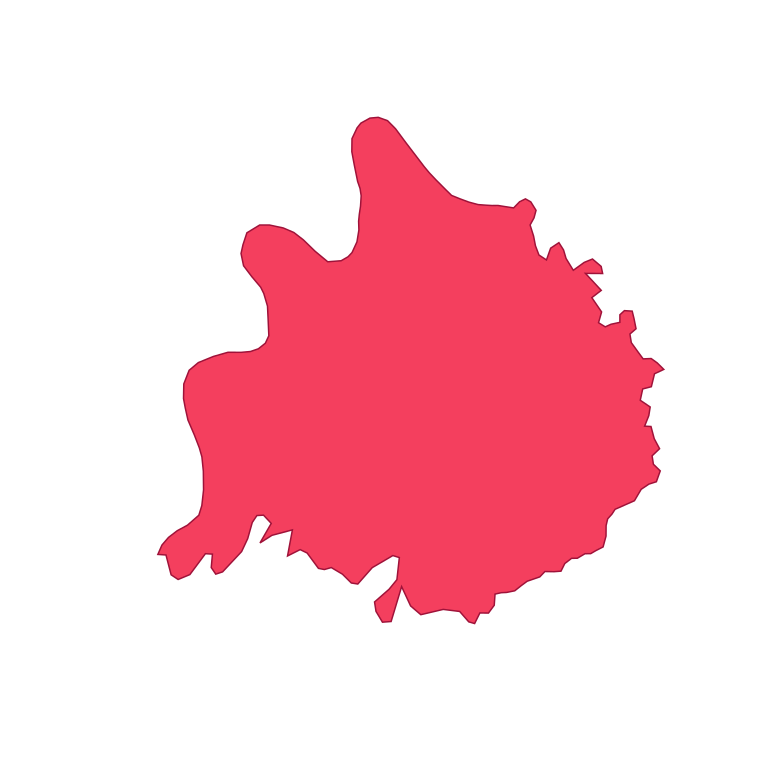 Derrubadas, Rio Grande do Sul, Brazil (Equal Earth projection), rotated 341°
{"feature_id": "56859067B9967974442205", "entity_name": "Derrubadas", "entity_type": "district", "adm_level": 2, "iso_a3": "BRA", "parent_name": "Brazil", "parent_adm1": "Rio Grande do Sul", "projection": "equal_earth", "projection_center": [-53.889, -27.229], "detail": "fine", "context": "isolated", "style": "filled", "palette": "rose", "viewbox_px": 768, "rotation_deg": 341, "n_neighbors": 0, "source": "geoboundaries", "source_scale": "gbopen_adm2", "svg_char_len": 2595}
<svg xmlns="http://www.w3.org/2000/svg" viewBox="0 0 768 768"><g transform="rotate(341 384 384)"><path d="M516.2,233.7L509.3,227.7L505.8,220.7L499.4,207.5L495.6,199.1L492.8,191.7L483.3,163.1L478.0,146.4L473.1,136.2L465.4,130.0L457.3,128.0L447.1,129.8L442.0,133.0L433.6,141.6L429.2,153.9L427.2,167.3L425.0,183.9L425.0,191.4L423.7,198.6L419.7,208.2L416.0,215.3L413.0,221.8L410.4,230.2L404.7,240.8L396.6,249.3L391.4,252.0L383.6,253.5L370.6,250.1L362.1,236.1L354.7,221.5L348.1,211.4L339.6,203.7L327.5,196.4L318.2,193.2L303.6,196.4L296.0,206.4L291.3,214.1L289.7,226.5L294.0,239.6L298.9,252.3L299.8,259.3L299.2,272.4L295.7,284.4L290.8,300.9L285.1,306.8L276.7,309.8L268.3,309.8L259.4,307.6L246.7,303.2L231.7,302.4L215.4,303.3L204.2,307.6L194.7,318.8L189.7,332.5L188.3,341.9L186.9,354.2L188.1,370.5L188.6,384.3L188.1,393.6L184.8,407.6L178.9,425.4L172.2,439.6L166.2,447.8L152.2,453.5L140.7,455.4L130.3,458.9L121.6,464.0L114.7,471.5L122.2,474.7L120.6,495.1L125.7,501.8L138.4,501.0L159.9,486.3L166.4,489.0L160.9,501.3L163.0,509.0L170.2,509.1L194.8,496.1L204.8,485.8L214.4,472.0L221.0,467.0L227.4,468.8L232.0,479.1L215.0,493.9L228.8,490.6L249.9,492.1L236.8,515.2L250.8,513.3L256.3,518.8L262.0,537.0L267.2,540.0L274.4,540.4L282.8,550.3L288.3,561.5L294.1,564.6L313.1,553.8L336.5,549.1L342.0,553.1L332.5,573.2L322.0,579.7L304.1,587.0L302.4,596.4L305.0,608.7L313.4,610.9L334.7,581.3L336.9,602.5L343.7,614.1L366.6,616.4L381.5,623.7L386.7,636.5L391.7,640.0L400.1,631.7L408.2,634.6L416.2,629.1L420.6,618.8L426.9,619.5L432.0,621.0L440.3,622.1L447.9,619.4L455.2,617.1L461.8,617.1L468.5,617.1L475.1,613.7L483.6,616.8L490.4,618.6L496.5,612.6L504.6,609.9L510.1,611.7L518.8,609.9L524.2,611.7L530.2,610.5L538.1,609.4L544.4,600.1L547.9,590.2L551.6,584.3L557.1,581.3L561.7,577.7L582.8,575.9L587.7,571.7L592.9,567.3L601.8,564.9L609.7,565.1L616.9,556.1L612.6,547.6L614.1,539.2L623.5,534.9L621.7,523.7L622.6,511.1L616.7,508.7L624.1,500.1L628.2,492.4L621.0,482.8L627.0,472.9L635.9,473.6L643.1,462.4L653.3,461.3L649.2,453.0L644.9,446.9L637.2,444.6L634.5,436.0L631.3,425.4L632.8,416.8L640.3,413.8L641.7,403.4L642.4,395.9L635.2,392.9L629.6,395.3L627.1,402.5L618.1,401.4L611.8,402.0L606.8,395.9L613.2,386.7L608.6,370.0L619.9,366.2L610.5,345.0L626.7,350.7L627.6,343.5L621.8,333.7L612.9,334.2L600.0,338.1L597.0,324.6L597.4,315.7L595.4,307.3L585.8,309.8L578.0,319.6L572.5,312.5L572.2,302.6L573.6,292.8L573.9,281.2L579.9,275.8L584.3,269.3L582.1,259.6L578.0,255.0L571.6,255.8L563.9,259.7L555.7,255.4L549.9,252.3L544.2,250.4L538.6,248.1L531.4,245.0L523.4,239.6L516.2,233.7Z" fill="#f43f5e" stroke="#9f1239" stroke-width="1.5"/></g></svg>